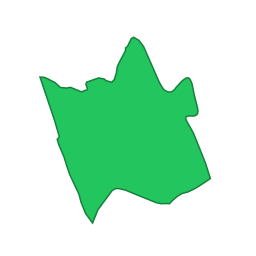 the district of Sibilia, Quezaltenango, Guatemala, rotated 332°
{"feature_id": "79465075B93967770843500", "entity_name": "Sibilia", "entity_type": "district", "adm_level": 2, "iso_a3": "GTM", "parent_name": "Guatemala", "parent_adm1": "Quezaltenango", "projection": "robinson", "projection_center": [-91.632, 14.992], "detail": "fine", "context": "isolated", "style": "filled", "palette": "green", "viewbox_px": 256, "rotation_deg": 332, "n_neighbors": 0, "source": "geoboundaries", "source_scale": "gbopen_adm2", "svg_char_len": 1340}
<svg xmlns="http://www.w3.org/2000/svg" viewBox="0 0 256 256"><g transform="rotate(332 128 128)"><path d="M177.0,211.3L179.9,195.5L183.3,164.1L183.3,156.9L183.1,153.0L183.1,150.0L183.1,148.1L183.4,146.9L184.3,145.4L185.5,145.4L187.5,146.0L189.3,147.0L191.0,148.0L192.7,148.6L195.2,148.5L196.4,147.6L197.6,146.2L198.4,144.1L199.0,142.2L199.7,139.3L200.7,135.1L202.7,127.5L204.4,122.0L205.1,119.7L205.4,118.2L205.6,115.0L205.5,113.2L204.3,111.6L203.0,111.3L200.5,111.4L197.9,111.8L194.4,113.0L190.0,114.6L187.0,115.9L185.8,116.2L183.8,116.5L182.1,116.1L180.4,114.9L179.1,113.4L178.2,112.1L177.6,110.5L177.4,108.8L177.1,105.3L177.2,100.5L180.0,63.5L178.8,55.7L175.6,50.6L172.9,50.6L165.7,55.8L163.5,56.1L162.0,58.6L150.6,66.3L147.0,69.2L143.5,74.0L138.8,78.7L135.2,80.0L130.9,75.9L130.1,73.7L125.6,70.0L112.9,68.1L111.3,69.8L110.7,74.1L109.9,75.0L103.9,74.2L96.3,65.1L92.5,63.9L87.3,60.4L84.9,53.6L80.3,47.0L78.4,44.5L77.2,43.5L74.2,41.7L66.6,87.5L63.3,103.4L61.6,104.3L60.1,104.9L59.0,110.8L57.9,123.6L56.3,131.9L54.7,141.6L53.6,163.6L51.7,171.4L50.4,183.6L52.1,195.3L63.0,186.1L84.4,175.9L86.6,175.6L89.1,175.9L91.2,177.0L96.7,181.8L105.7,192.7L117.7,207.0L121.7,210.4L126.4,212.7L129.1,214.3L133.3,212.9L139.5,211.5L144.9,211.2L150.7,212.6L157.9,212.9L165.3,212.5L177.0,211.3Z" fill="#22c55e" stroke="#15803d" stroke-width="1.5"/></g></svg>